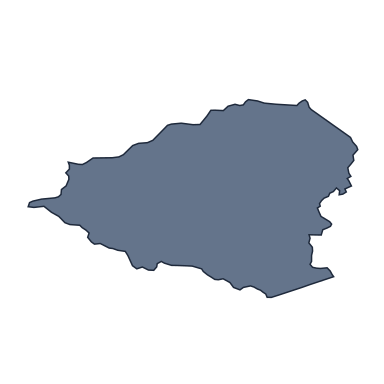 Verdejante, Pernambuco, Brazil, rotated 274°
{"feature_id": "56859067B79856734392971", "entity_name": "Verdejante", "entity_type": "district", "adm_level": 2, "iso_a3": "BRA", "parent_name": "Brazil", "parent_adm1": "Pernambuco", "projection": "equal_earth", "projection_center": [-39.001, -7.953], "detail": "fine", "context": "isolated", "style": "filled", "palette": "slate", "viewbox_px": 384, "rotation_deg": 274, "n_neighbors": 0, "source": "geoboundaries", "source_scale": "gbopen_adm2", "svg_char_len": 2001}
<svg xmlns="http://www.w3.org/2000/svg" viewBox="0 0 384 384"><g transform="rotate(274 192 192)"><path d="M210.1,67.8L206.3,68.1L202.3,64.8L199.3,67.9L196.1,68.3L189.3,66.0L185.4,61.6L180.4,61.5L177.9,59.1L176.6,55.7L174.4,42.4L171.8,33.9L170.1,30.7L165.9,29.6L165.6,35.4L167.4,45.3L161.9,53.3L158.4,60.8L152.5,67.4L151.0,72.5L151.0,82.4L148.8,84.9L146.7,88.7L143.9,92.2L139.5,91.1L135.2,95.1L133.2,98.3L134.2,104.1L130.3,113.3L130.1,117.0L128.7,122.0L128.1,129.6L124.1,132.5L114.3,137.8L111.5,142.3L113.7,147.7L111.1,154.0L111.2,159.3L114.8,162.0L118.1,162.3L120.6,166.2L119.1,169.4L117.4,176.7L117.7,182.7L118.0,192.2L118.1,197.4L116.0,207.0L113.5,208.8L110.4,213.3L108.5,217.0L106.4,220.8L106.3,224.4L107.6,229.1L104.3,236.2L99.7,240.1L97.7,246.7L100.4,249.9L102.4,256.9L101.5,260.5L99.8,264.0L98.8,267.2L97.0,269.8L95.4,272.7L92.2,274.3L92.4,278.5L95.3,285.8L104.5,308.3L107.8,315.9L117.4,339.2L119.6,337.4L122.8,335.4L125.8,332.1L124.7,325.5L124.7,321.6L125.3,317.5L128.1,314.8L131.1,316.1L137.1,315.7L141.5,316.4L145.3,315.9L149.4,312.1L154.1,313.0L157.5,311.8L158.1,323.9L163.5,325.1L165.5,329.3L167.4,332.5L169.7,333.5L172.0,331.4L176.6,322.4L180.3,320.4L184.8,318.2L186.8,320.9L189.3,320.0L192.4,321.8L195.1,324.2L197.2,328.4L200.4,329.5L202.3,333.0L206.1,335.8L203.6,339.2L199.5,339.0L200.4,342.6L202.8,345.9L205.7,344.3L209.1,350.6L214.2,347.6L216.3,345.9L218.7,349.4L221.6,347.2L227.1,345.7L230.8,348.5L234.8,351.2L240.0,350.0L245.8,354.4L249.0,353.0L253.1,348.8L257.5,346.3L282.6,305.1L284.8,302.9L289.5,301.1L291.8,298.5L290.5,295.6L288.1,292.6L285.6,290.6L285.4,269.6L285.7,257.9L287.4,251.0L288.1,241.8L285.7,239.1L282.5,237.1L281.6,233.6L282.5,228.8L280.1,222.0L275.4,217.6L275.2,209.2L274.8,205.1L268.8,201.6L259.9,195.3L259.2,188.4L259.9,176.5L258.3,166.7L256.8,162.9L240.8,149.3L238.1,144.1L236.8,135.3L234.2,129.6L224.4,120.9L221.9,116.6L220.6,110.0L219.0,90.9L214.0,84.6L211.8,80.8L211.7,76.8L213.1,66.5L210.1,67.8Z" fill="#64748b" stroke="#1e293b" stroke-width="1.5"/></g></svg>